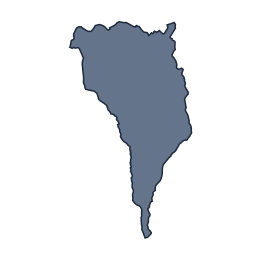 the district of Rona De Jos, Maramures, Romania, rotated 94°
{"feature_id": "2599482B30992645839437", "entity_name": "Rona De Jos", "entity_type": "district", "adm_level": 2, "iso_a3": "ROU", "parent_name": "Romania", "parent_adm1": "Maramures", "projection": "equal_earth", "projection_center": [24.015, 47.917], "detail": "fine", "context": "isolated", "style": "filled", "palette": "slate", "viewbox_px": 256, "rotation_deg": 94, "n_neighbors": 0, "source": "geoboundaries", "source_scale": "gbopen_adm2", "svg_char_len": 5698}
<svg xmlns="http://www.w3.org/2000/svg" viewBox="0 0 256 256"><g transform="rotate(94 128 128)"><path d="M51.5,191.7L52.4,189.3L51.5,187.7L52.0,186.1L51.3,183.5L52.0,182.2L57.9,179.1L61.5,177.4L65.5,178.2L68.2,178.0L81.6,175.7L86.0,175.6L88.4,174.3L91.2,173.6L92.4,172.8L93.3,166.9L93.6,164.3L95.6,161.4L101.5,159.1L102.7,157.8L105.2,153.3L107.1,150.8L111.3,149.1L113.0,147.3L113.3,147.1L115.3,145.8L115.0,144.8L115.3,144.1L115.7,143.5L115.5,143.1L116.5,142.3L116.9,141.9L117.1,141.4L117.2,140.6L119.1,139.7L120.0,140.1L120.4,140.0L120.9,139.7L121.5,138.9L122.2,138.3L123.9,137.4L124.6,137.1L125.2,138.3L125.3,138.5L125.6,138.3L126.4,138.2L127.5,138.0L128.3,137.5L129.2,136.7L129.9,136.3L130.4,136.3L132.4,135.9L133.5,135.3L134.7,134.5L135.3,134.6L136.3,134.9L136.8,134.9L137.8,134.6L140.8,132.3L142.1,130.8L142.9,129.0L143.6,128.3L144.1,127.5L145.2,126.9L145.6,126.0L146.0,125.6L146.2,124.8L146.7,124.5L147.4,124.6L147.9,124.9L150.0,124.5L150.4,123.8L150.8,123.8L151.3,124.1L152.1,123.9L152.4,123.6L152.7,123.4L153.4,123.9L154.0,123.9L154.5,123.3L155.6,123.3L156.5,122.7L157.2,122.7L158.2,123.0L159.0,123.1L159.8,123.1L160.0,123.1L161.0,123.2L161.8,123.2L162.4,123.4L162.9,123.4L163.1,122.9L163.8,122.9L164.5,123.0L165.5,122.6L166.1,122.2L166.7,122.1L167.1,122.4L167.3,122.8L168.2,122.7L168.9,122.4L169.8,122.2L170.6,122.2L171.1,122.5L171.6,122.2L171.9,121.8L172.9,121.4L173.5,121.2L174.3,120.7L174.9,120.4L175.5,120.4L176.2,120.5L177.0,120.8L177.7,121.3L178.5,121.2L179.1,120.9L179.6,120.8L180.3,120.7L181.0,120.5L181.7,120.2L182.2,119.8L182.8,119.8L183.8,119.9L186.6,119.8L187.6,119.4L189.0,118.7L190.1,118.2L191.1,118.2L192.7,118.5L193.8,118.8L194.5,118.8L195.4,118.7L198.4,118.1L199.9,118.3L201.2,117.2L203.0,115.4L203.8,114.4L204.5,112.7L204.9,111.3L205.2,110.7L206.1,110.0L206.8,109.4L207.8,108.8L208.8,108.6L209.4,108.5L211.0,108.6L212.8,108.5L214.4,108.2L215.1,108.3L216.6,108.7L218.0,108.4L219.1,108.4L220.0,108.3L221.8,108.0L223.0,107.9L224.3,107.5L225.4,107.2L228.4,107.1L231.4,105.6L232.7,104.9L233.5,104.6L236.5,103.3L236.4,102.7L235.5,100.8L232.3,97.9L231.3,97.5L230.8,97.5L230.2,98.0L229.7,98.2L229.3,98.5L229.0,99.0L228.5,99.5L228.0,100.1L227.4,100.6L226.6,100.9L225.4,101.2L224.4,101.5L223.7,101.8L223.0,101.9L222.6,101.8L221.3,101.3L220.6,101.2L219.9,101.1L219.0,101.2L218.3,101.3L217.7,101.3L215.4,101.1L215.0,100.7L214.3,100.2L213.0,100.0L212.4,100.1L211.4,100.8L209.5,101.8L208.2,102.3L206.9,102.6L206.2,101.6L205.3,101.2L204.7,101.1L203.8,101.5L203.1,101.0L202.1,100.7L201.2,100.6L200.6,100.1L199.8,99.8L199.3,98.7L196.3,99.4L195.2,99.1L193.8,98.6L192.8,98.2L192.3,98.2L191.2,98.6L190.7,98.6L190.2,98.4L189.6,97.9L188.8,96.9L188.4,96.5L188.0,96.4L186.9,96.6L185.5,96.7L184.6,96.6L183.8,96.4L182.9,95.8L181.3,94.7L180.1,93.6L178.5,92.4L177.3,91.8L176.4,91.5L175.1,91.2L173.3,90.9L171.8,90.7L170.8,90.7L168.7,90.7L167.7,90.8L166.4,90.9L163.3,90.6L162.8,90.4L161.6,89.9L160.1,88.9L154.6,84.9L153.7,84.0L153.2,83.4L151.8,83.1L150.7,82.2L150.1,81.8L149.5,81.3L149.3,80.8L148.0,79.4L147.2,78.8L146.1,78.3L144.7,77.7L143.3,76.9L141.4,76.0L140.3,75.6L139.6,74.6L137.6,72.7L136.6,71.7L136.2,70.5L136.0,69.6L136.0,68.8L135.8,68.4L135.6,68.1L135.2,67.9L134.2,67.6L132.5,66.3L132.0,65.8L131.4,65.6L130.6,65.4L129.5,64.8L128.6,64.3L128.1,64.3L127.6,64.4L126.6,64.6L123.4,64.9L122.0,65.3L120.6,66.0L119.3,67.0L118.4,67.5L117.6,67.5L116.4,67.5L115.8,67.7L114.3,68.2L113.2,68.5L112.5,68.8L111.4,69.1L110.5,69.5L109.7,70.1L108.8,70.5L108.0,71.1L107.5,71.6L106.8,71.8L106.1,72.0L105.0,71.9L102.9,71.4L102.4,71.7L101.6,72.1L101.1,72.2L100.2,72.3L99.6,72.4L98.5,72.8L96.6,73.2L95.5,73.5L95.2,73.6L92.9,72.6L91.9,71.9L90.7,70.9L90.0,70.4L89.2,70.4L88.4,70.4L88.0,70.6L87.5,70.9L87.0,71.3L86.3,71.6L85.9,72.0L82.8,74.0L81.6,74.4L80.1,73.9L79.3,73.9L78.6,74.1L77.5,74.8L77.0,74.9L76.5,75.0L76.1,74.9L75.9,75.0L75.7,75.0L75.2,75.3L74.9,75.3L74.6,75.4L74.4,75.5L73.3,75.8L73.0,76.0L72.7,76.2L72.0,77.0L71.2,77.8L71.0,78.0L70.4,78.0L70.1,78.0L69.6,77.9L68.9,77.9L66.2,77.1L65.9,77.1L65.3,77.5L65.1,77.7L65.0,77.9L64.7,78.6L64.7,79.1L65.4,80.1L65.7,81.1L65.8,81.7L65.6,82.3L65.0,83.5L64.6,83.5L64.4,83.6L63.8,83.8L63.4,83.9L62.8,83.8L62.2,83.7L61.2,83.7L60.8,83.9L60.2,84.0L59.9,84.1L59.3,84.6L58.4,84.7L57.5,85.1L57.1,85.5L54.7,87.2L54.2,87.7L53.4,88.8L52.1,89.0L51.4,89.0L50.8,88.7L49.9,88.4L49.4,88.2L49.2,88.1L48.3,87.8L47.5,87.2L47.0,86.7L46.5,86.4L45.7,86.5L44.0,87.0L43.1,86.9L40.3,87.0L39.2,87.0L38.1,87.6L37.1,90.0L35.8,90.2L35.1,92.2L33.8,92.2L25.3,87.7L22.7,88.1L22.3,87.9L21.6,87.9L20.9,88.2L20.1,88.8L19.5,89.4L20.5,91.5L22.5,96.2L22.8,95.9L23.0,95.8L25.2,95.3L26.1,95.6L31.2,98.4L31.8,99.7L28.6,103.5L30.6,105.9L30.4,106.1L30.0,107.0L29.9,107.8L29.6,108.3L30.1,108.9L30.7,108.9L31.4,109.1L32.2,109.9L31.7,110.5L31.4,111.2L34.3,113.7L32.9,114.5L31.9,115.1L31.5,115.6L31.5,116.5L31.3,117.4L31.3,117.9L31.3,118.7L30.8,119.6L28.3,122.0L26.6,123.4L25.9,124.2L25.7,125.8L25.4,126.1L25.1,126.5L25.3,126.9L25.5,127.2L26.1,127.4L26.7,127.5L26.4,129.6L22.9,137.1L23.2,139.6L22.6,144.2L24.0,146.5L24.2,146.4L25.8,147.7L26.5,148.6L27.6,150.3L28.8,152.3L29.1,152.9L29.1,153.1L29.2,153.3L29.5,153.3L29.9,153.2L30.2,153.1L30.6,153.0L30.9,153.1L31.0,153.2L31.2,153.9L31.6,154.5L31.3,155.3L31.0,155.8L30.1,156.7L28.5,158.6L27.9,159.5L27.3,161.3L26.8,163.6L27.9,167.4L28.1,167.7L28.6,168.0L31.4,169.5L34.1,171.4L34.2,171.8L34.3,172.8L34.3,174.9L33.9,175.7L33.5,176.8L32.9,177.5L32.8,177.9L31.7,179.8L31.9,179.9L30.3,181.7L30.5,184.4L32.0,186.4L37.5,188.6L38.1,188.7L39.2,188.8L40.3,188.6L41.9,188.0L42.5,188.1L43.1,188.3L43.5,188.7L43.8,189.0L44.1,189.9L44.9,190.7L45.8,190.8L47.2,190.9L48.8,191.1L49.9,191.3L50.2,191.2L50.9,191.4L51.5,191.7Z" fill="#64748b" stroke="#1e293b" stroke-width="1.5"/></g></svg>